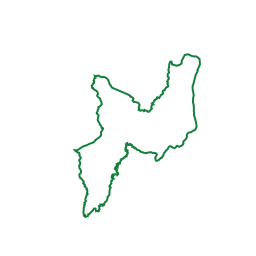 Nova Brasilândia, Mato Grosso, Brazil (Albers equal-area conic projection), rotated 304°
{"feature_id": "56859067B53248656443565", "entity_name": "Nova Brasilândia", "entity_type": "district", "adm_level": 2, "iso_a3": "BRA", "parent_name": "Brazil", "parent_adm1": "Mato Grosso", "projection": "albers", "projection_center": [-55.084, -14.745], "detail": "fine", "context": "isolated", "style": "outline", "palette": "green", "viewbox_px": 256, "rotation_deg": 304, "n_neighbors": 0, "source": "geoboundaries", "source_scale": "gbopen_adm2", "svg_char_len": 5921}
<svg xmlns="http://www.w3.org/2000/svg" viewBox="0 0 256 256"><g transform="rotate(304 128 128)"><path d="M183.2,170.1L186.1,167.1L188.6,165.6L191.7,164.3L195.1,161.2L195.5,160.5L196.6,159.8L198.6,158.2L200.2,157.9L209.8,154.5L214.0,154.0L214.5,153.7L215.0,153.0L218.1,152.7L221.1,152.0L224.6,149.2L225.3,148.5L225.6,145.1L225.1,143.8L224.4,143.1L223.3,140.4L222.9,137.2L222.6,136.5L220.3,134.2L214.4,134.9L212.8,135.4L211.8,136.2L210.6,136.1L209.1,135.4L208.4,135.0L208.1,134.4L207.0,133.8L205.9,130.8L205.4,128.9L206.0,128.7L206.3,128.2L206.3,127.5L207.3,126.9L206.6,126.0L205.0,126.2L203.4,126.8L201.1,128.2L198.8,128.9L196.9,131.1L195.5,130.8L194.7,130.9L192.6,132.4L192.7,133.3L192.1,134.2L190.7,134.5L190.2,134.2L189.1,134.5L188.3,134.5L188.0,135.7L186.6,136.0L185.9,137.4L185.5,137.8L184.9,138.0L183.8,137.6L183.2,137.0L180.9,137.0L179.7,137.3L179.5,136.7L178.4,136.2L177.1,136.7L176.8,137.4L176.3,137.8L174.7,137.4L174.3,137.0L173.2,136.8L172.7,137.0L170.2,137.0L170.2,136.3L169.9,135.9L169.9,135.2L169.5,134.9L168.8,135.4L168.0,135.5L167.7,135.1L166.2,135.0L166.1,134.4L165.6,134.6L164.8,134.5L163.2,134.8L162.5,134.7L161.9,134.2L161.6,135.8L160.8,134.9L159.1,135.2L158.6,135.7L157.8,135.9L157.5,136.3L157.5,136.9L153.3,136.4L152.5,135.1L152.8,134.5L152.3,132.0L151.8,132.3L151.0,131.9L151.4,131.4L151.0,131.0L150.9,130.1L150.4,129.5L149.2,128.6L149.4,127.9L148.9,126.8L149.3,126.5L150.6,126.4L150.7,125.6L151.5,125.2L153.4,124.9L154.5,123.0L154.4,121.8L153.7,119.8L152.9,118.3L153.3,117.8L153.2,116.5L155.5,116.0L155.7,115.3L155.7,113.6L155.3,112.2L156.0,111.7L155.8,109.4L152.5,92.2L153.4,90.3L153.9,88.4L155.0,87.3L155.3,86.7L156.5,85.0L157.1,83.6L157.3,81.8L157.1,80.1L156.5,78.8L155.8,78.5L155.4,77.9L155.5,77.0L155.0,76.4L154.9,74.2L153.8,73.0L153.0,72.7L152.7,72.0L152.6,71.3L152.1,71.8L151.1,72.2L151.1,72.8L150.5,72.5L149.6,72.6L148.8,73.1L148.1,73.0L147.6,74.1L146.8,74.2L146.2,74.1L145.9,74.6L145.4,74.3L144.4,74.5L143.5,74.2L142.7,74.3L142.5,74.8L141.4,75.5L141.6,76.3L141.1,76.4L140.9,77.0L141.1,77.7L141.0,79.5L141.2,81.5L140.6,82.8L139.2,84.2L137.8,84.2L137.3,84.7L136.9,86.0L136.8,88.3L136.2,88.8L134.5,91.7L132.9,93.0L132.2,93.0L131.4,92.7L130.7,92.8L128.6,91.8L127.4,92.8L126.2,92.7L124.8,93.5L123.4,93.5L122.8,93.7L122.5,94.1L122.4,95.8L121.9,96.6L121.2,97.0L119.3,97.5L117.9,98.3L117.5,98.7L116.6,100.2L116.0,101.8L115.2,102.5L114.4,105.2L113.6,105.7L113.3,106.2L113.7,106.8L113.8,107.4L113.2,107.8L109.8,108.0L109.0,108.2L107.6,109.5L106.5,109.7L104.5,109.5L100.2,107.9L97.3,107.6L95.3,106.5L93.4,104.9L91.2,103.8L87.6,101.1L80.8,98.2L79.9,96.4L79.6,97.3L79.5,98.0L79.8,99.3L79.5,99.9L79.6,100.5L80.0,100.9L80.1,101.5L79.5,102.3L78.2,102.9L77.3,104.5L77.1,105.2L76.6,105.7L75.1,105.7L74.7,105.4L74.0,105.6L73.1,106.6L72.4,108.0L70.8,108.7L70.3,108.4L68.8,109.0L67.2,110.7L67.2,111.6L65.8,113.4L65.2,113.4L64.7,113.8L64.0,114.1L62.7,113.6L62.0,113.8L60.9,114.8L60.3,115.5L60.2,116.2L59.7,116.7L60.0,117.4L59.0,120.8L58.6,121.5L57.1,121.8L57.2,122.3L56.9,123.0L56.9,123.7L56.4,123.8L56.2,124.5L55.5,124.6L55.2,125.8L55.3,126.5L54.8,127.7L54.0,127.8L53.7,128.3L53.8,128.8L53.0,129.6L50.9,130.5L51.0,131.1L50.7,131.5L50.3,131.6L49.5,131.2L45.6,132.2L44.4,133.0L44.0,133.9L43.5,133.6L41.7,134.4L41.4,134.0L41.1,134.6L40.3,135.0L39.4,134.7L38.4,135.8L37.5,135.7L35.0,137.3L33.8,137.8L32.6,138.5L32.0,139.5L31.9,141.0L31.1,141.2L30.7,140.7L30.4,141.3L30.4,142.4L31.3,142.9L32.3,143.9L33.9,143.8L34.3,143.3L35.1,144.1L37.3,144.3L40.1,145.1L41.2,144.8L42.5,145.1L43.0,146.0L41.2,148.1L41.9,148.5L42.3,150.1L43.0,150.4L43.5,149.8L44.1,149.6L44.7,149.8L45.7,149.0L46.9,147.6L47.5,148.1L48.0,148.8L49.0,147.8L50.2,149.4L49.6,150.7L50.6,151.2L51.2,151.2L51.6,150.5L53.9,150.5L55.2,151.1L57.9,150.5L59.8,149.6L61.5,149.9L62.8,149.7L63.4,149.1L67.5,146.9L69.0,146.9L69.1,145.3L69.7,145.1L72.8,145.2L73.4,144.5L74.4,144.3L74.9,143.7L75.7,144.1L76.6,143.8L77.9,144.5L78.0,143.2L78.9,142.9L78.0,142.1L78.5,141.7L79.9,141.3L80.6,141.4L80.6,142.7L81.2,142.7L81.6,142.2L82.6,143.6L83.1,144.0L83.5,144.8L83.0,145.4L84.2,145.6L85.2,144.8L85.3,143.2L85.8,142.6L87.0,142.4L87.7,141.6L86.9,141.5L86.6,140.9L86.8,139.9L87.4,139.9L88.2,139.6L88.7,140.2L89.2,139.7L89.9,139.7L89.6,140.5L89.7,141.3L90.2,140.9L90.5,140.4L90.9,140.7L91.5,140.7L91.8,140.1L91.6,139.6L91.8,138.9L92.9,139.7L93.5,139.6L93.9,140.2L93.5,140.8L94.0,141.2L95.3,140.5L96.6,140.3L97.3,140.5L97.9,139.6L99.6,140.9L100.1,141.1L100.9,140.9L101.3,141.6L102.0,141.5L103.5,142.5L103.9,141.9L104.3,142.4L104.8,142.0L107.0,142.0L107.1,141.2L107.9,141.1L108.1,139.9L107.7,139.2L107.8,138.7L108.2,138.3L108.5,139.5L109.2,139.8L109.1,138.9L110.2,137.1L111.5,137.1L112.0,136.4L112.9,136.1L113.4,135.5L114.3,135.3L114.9,135.7L114.0,136.2L113.7,136.6L113.9,137.5L114.3,138.2L115.6,138.0L116.1,139.5L115.6,139.8L116.0,140.2L116.1,140.9L115.5,141.9L114.8,142.1L115.5,143.3L115.1,143.6L114.9,144.2L114.9,145.0L115.5,145.2L115.4,146.6L115.0,148.0L115.5,149.0L115.7,149.9L115.8,150.7L115.3,151.2L116.0,153.8L116.3,154.4L116.3,155.1L116.7,155.7L117.2,157.2L118.9,158.3L119.7,159.2L119.8,159.7L120.6,160.3L120.9,160.9L121.0,162.2L121.4,162.6L122.6,165.0L122.6,165.6L122.1,166.8L118.4,167.3L118.0,167.9L117.2,168.4L116.8,169.0L116.6,169.5L116.9,170.1L117.2,170.5L119.5,171.7L120.9,171.7L121.6,171.9L122.0,172.6L123.1,172.7L123.7,172.5L125.1,172.7L125.7,172.2L128.2,172.0L128.9,172.2L130.8,172.1L132.6,172.7L134.0,172.5L135.5,172.5L136.2,172.8L136.8,173.9L136.9,174.9L136.7,175.8L136.8,176.4L137.6,177.9L138.6,178.4L140.5,178.5L140.8,179.0L140.9,180.7L141.4,181.2L143.0,182.2L144.7,182.7L146.1,182.7L146.6,182.0L147.5,181.6L148.1,181.5L151.0,182.2L153.1,181.9L154.0,181.7L154.9,180.7L156.5,180.5L157.3,180.6L158.4,181.1L159.4,182.3L162.7,183.8L164.0,184.7L165.2,184.5L166.8,184.4L168.0,183.7L169.8,182.1L174.0,177.6L175.1,175.9L175.8,175.5L176.5,174.8L177.1,174.6L177.7,174.2L178.8,173.1L180.6,172.0L183.2,170.1Z" fill="none" stroke="#15803d" stroke-width="2"/></g></svg>